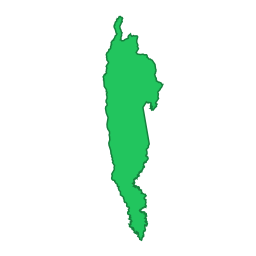 the district of Mesetas, Meta, Colombia, rotated 7°
{"feature_id": "7082276B5195747171528", "entity_name": "Mesetas", "entity_type": "district", "adm_level": 2, "iso_a3": "COL", "parent_name": "Colombia", "parent_adm1": "Meta", "projection": "natural_earth1", "projection_center": [-74.101, 3.108], "detail": "fine", "context": "isolated", "style": "filled", "palette": "green", "viewbox_px": 256, "rotation_deg": 7, "n_neighbors": 0, "source": "geoboundaries", "source_scale": "gbopen_adm2", "svg_char_len": 5986}
<svg xmlns="http://www.w3.org/2000/svg" viewBox="0 0 256 256"><g transform="rotate(7 128 128)"><path d="M141.9,56.9L140.5,57.1L139.7,56.2L138.2,55.4L138.4,54.4L137.5,53.1L135.4,53.4L133.9,52.9L131.5,53.6L128.3,53.5L126.9,52.0L128.7,48.0L127.3,45.8L127.7,45.0L127.6,44.3L126.2,41.9L126.0,39.8L126.5,36.4L125.7,35.5L123.2,35.9L122.0,35.6L121.1,36.5L120.6,36.6L119.2,35.1L119.0,34.4L117.3,36.3L117.0,37.6L117.4,38.4L117.2,38.9L114.3,40.5L113.1,41.8L111.2,42.2L110.5,41.5L109.7,41.4L110.1,40.3L109.9,38.5L110.4,37.2L110.1,35.5L110.5,34.2L109.6,33.4L108.9,31.5L108.0,30.2L107.4,28.1L108.4,25.2L108.5,23.8L109.1,23.6L109.3,23.1L108.7,21.6L109.3,19.9L108.7,19.1L107.8,19.2L107.0,18.3L105.7,18.5L105.1,20.6L104.6,20.9L104.0,20.8L104.0,21.7L103.5,22.0L103.7,23.4L102.6,24.4L102.3,26.5L102.0,27.2L102.3,27.7L101.7,28.4L102.2,30.1L102.9,30.9L103.8,32.7L104.7,35.2L105.6,35.9L104.8,37.6L104.2,38.0L103.6,40.6L102.9,41.8L103.0,42.6L101.9,43.0L101.4,44.4L101.0,44.8L100.9,45.4L101.3,46.2L101.1,47.0L101.5,47.3L100.8,49.2L101.1,50.6L100.9,50.7L100.7,51.7L99.5,52.4L99.7,52.8L99.4,53.8L98.6,55.4L98.0,55.8L97.5,57.8L98.2,59.7L98.1,60.6L98.7,61.9L98.7,63.0L100.4,64.6L100.7,65.6L100.4,65.9L100.3,66.5L99.2,68.5L98.9,69.7L99.3,70.0L99.8,71.5L99.5,72.0L99.6,74.0L99.4,74.5L100.0,76.1L98.9,77.0L98.9,77.7L98.4,77.6L98.0,78.0L97.5,79.7L97.1,80.2L98.0,82.3L97.8,83.3L98.2,83.6L98.5,84.9L99.3,89.5L101.9,92.6L102.0,94.7L102.9,95.0L102.9,96.0L102.5,96.6L102.7,97.9L103.2,98.7L103.6,101.2L102.9,103.3L103.2,103.9L103.0,104.8L103.8,105.6L104.5,107.4L104.5,108.1L103.4,109.6L103.3,111.3L104.6,115.7L107.0,120.1L106.7,126.8L107.3,129.8L108.3,131.8L110.1,133.9L110.4,136.2L110.1,137.1L110.8,138.9L111.4,142.0L110.8,145.2L111.3,147.4L113.6,152.4L114.3,155.7L115.3,157.3L115.2,158.5L116.2,159.5L116.2,161.5L117.3,162.6L116.9,164.1L119.2,166.9L119.0,169.0L119.3,169.7L119.4,171.2L117.6,175.4L117.7,176.3L118.2,177.3L117.9,179.7L118.4,180.9L119.2,181.5L121.2,181.8L121.4,182.9L122.0,183.2L122.7,184.3L124.3,185.2L124.5,186.9L125.1,187.4L126.0,187.5L125.8,188.9L126.8,191.0L128.2,192.0L128.7,195.4L129.5,195.6L131.9,197.2L132.2,197.7L132.2,198.6L132.9,199.5L133.2,201.3L133.9,202.2L134.5,202.0L135.7,202.8L136.2,203.7L136.1,204.9L136.3,205.7L137.1,206.3L138.4,206.4L139.1,207.2L139.1,207.7L138.3,208.7L139.1,210.6L138.2,211.1L138.0,212.3L138.5,213.5L141.0,214.4L140.5,215.5L141.4,216.0L141.5,216.4L140.5,216.4L140.7,217.8L140.1,218.2L140.7,218.5L141.7,218.3L141.9,219.0L142.7,219.3L143.1,220.2L142.6,221.0L141.8,220.8L141.9,221.9L142.6,223.0L142.5,223.4L140.8,223.4L141.6,224.5L141.5,225.5L141.9,225.8L142.6,225.6L143.1,226.3L144.3,226.2L144.2,227.6L144.6,228.0L144.9,227.7L144.8,226.6L145.4,226.5L146.2,227.9L146.0,229.0L147.2,229.7L146.9,230.9L148.2,231.5L149.0,230.3L149.3,230.6L149.0,231.2L149.1,231.7L149.8,232.2L150.1,232.1L150.2,231.6L149.6,230.1L150.8,230.7L151.4,232.8L150.9,234.3L152.7,235.2L153.2,237.0L155.1,237.7L155.4,236.3L155.2,235.5L156.6,233.6L156.0,233.3L156.7,232.4L156.0,230.5L156.0,229.6L156.5,228.0L157.0,227.7L157.3,228.0L157.6,227.2L157.6,226.5L157.1,225.7L156.4,222.3L156.7,222.1L157.4,222.8L157.9,222.5L158.4,222.8L158.9,220.6L158.4,219.9L157.4,219.6L158.2,218.8L158.1,218.5L156.7,218.4L157.3,217.6L157.2,215.9L155.8,215.6L156.4,214.8L156.5,214.5L156.1,214.3L156.2,213.9L157.2,213.1L156.8,212.5L156.7,211.8L156.4,212.3L156.1,211.5L155.7,211.9L155.2,210.2L154.5,210.8L154.2,209.3L152.3,209.5L152.2,209.8L152.4,210.2L152.1,210.3L151.5,210.1L151.2,209.2L150.4,209.5L149.5,208.6L150.0,207.4L150.3,207.3L150.6,207.6L151.8,206.3L152.1,205.5L152.9,205.5L153.6,205.0L153.9,204.1L155.2,204.5L155.1,203.7L155.6,203.2L154.5,201.7L154.9,199.7L154.4,198.5L154.5,197.0L153.9,196.7L153.2,196.9L152.5,195.7L152.9,194.7L154.0,193.5L154.1,192.9L153.6,192.8L153.3,191.8L152.5,191.9L150.0,191.0L149.3,191.2L149.3,190.7L149.8,190.4L148.8,188.9L148.9,188.1L148.2,187.8L147.6,188.1L146.5,188.0L146.4,187.6L146.9,187.4L146.6,186.4L146.0,187.0L145.8,186.6L145.2,186.4L146.0,185.7L145.8,185.1L145.5,185.1L145.3,185.6L144.6,185.3L144.4,185.7L143.9,185.1L143.5,185.9L143.6,185.4L143.2,185.3L143.3,184.9L142.8,184.4L142.2,185.1L142.5,185.3L142.4,185.9L141.6,185.4L142.0,184.9L141.7,184.1L141.6,184.9L140.8,185.0L141.3,184.3L140.0,182.8L140.4,182.8L140.7,182.2L141.0,182.5L141.3,181.4L141.1,181.1L141.0,181.6L140.0,181.8L140.6,181.1L140.4,180.5L140.6,180.1L140.0,178.4L140.4,178.0L140.6,178.4L141.2,178.2L141.5,176.7L142.9,177.1L142.6,176.4L143.2,176.0L143.4,174.9L143.9,174.8L143.3,174.5L143.1,173.5L143.4,173.3L144.0,173.7L143.9,173.1L144.5,173.2L144.1,172.6L144.7,171.6L144.5,171.0L145.4,170.6L145.1,170.3L145.5,170.2L145.6,169.6L146.4,169.9L147.0,169.7L146.9,169.1L147.4,169.2L146.7,168.7L147.0,168.4L147.5,168.7L147.0,168.1L147.7,167.0L147.5,166.4L149.0,164.8L148.9,164.2L148.0,164.3L148.3,163.6L147.8,162.5L147.9,161.1L148.2,161.0L148.2,160.4L148.7,160.3L148.9,159.8L149.2,160.2L150.1,159.8L150.2,158.4L151.0,157.5L151.7,156.1L151.2,154.6L150.7,154.6L150.3,153.8L149.4,153.8L149.1,153.3L149.3,152.5L149.9,151.9L149.8,151.5L150.0,150.9L149.5,148.7L149.1,148.3L148.9,146.7L149.8,145.9L150.6,144.4L150.2,143.0L150.6,142.6L151.0,141.3L140.3,105.8L143.0,100.0L143.4,100.4L144.0,100.3L144.6,100.6L144.7,100.2L145.5,100.4L145.6,100.1L146.7,100.1L147.9,100.5L147.7,101.6L148.0,101.9L147.6,103.1L147.8,104.0L148.1,103.4L148.3,103.8L148.7,103.5L148.8,104.5L149.3,104.3L149.2,104.7L148.3,104.7L148.7,105.4L148.2,105.8L148.9,105.8L149.1,105.4L149.1,106.0L148.8,106.2L149.2,107.1L149.5,106.7L149.9,106.7L149.9,106.1L150.4,106.5L150.3,107.7L152.1,104.9L152.3,104.1L152.9,104.0L153.1,103.3L153.6,103.0L153.3,101.8L153.9,100.8L152.5,100.3L152.3,99.7L154.7,94.9L153.9,93.6L154.0,90.5L153.3,89.4L153.3,88.5L155.1,86.0L155.3,85.0L156.4,83.3L157.2,80.5L156.1,80.5L155.3,79.3L153.3,78.7L152.7,79.0L151.8,78.2L150.5,77.9L150.4,76.9L149.9,76.3L150.0,75.2L149.0,74.1L147.9,71.4L148.6,70.0L148.4,68.9L148.8,68.3L148.6,66.6L148.1,65.8L147.0,61.6L143.7,57.8L142.3,57.4L141.9,56.9Z" fill="#22c55e" stroke="#15803d" stroke-width="1.5"/></g></svg>